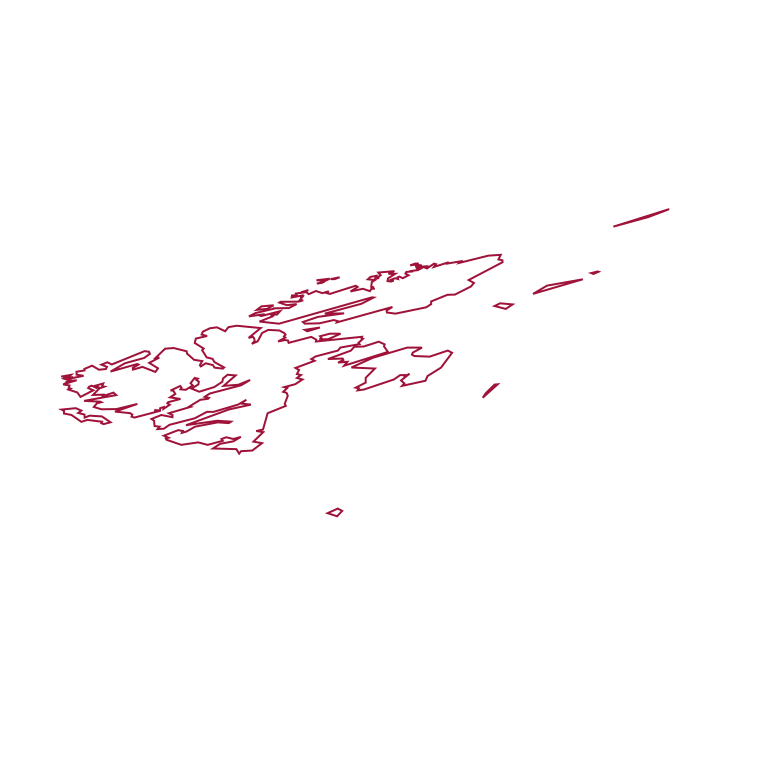 the border of Svalbard, rotated 346°
{"feature_id": "NOR-901", "entity_name": "Svalbard", "entity_type": "Territory", "adm_level": 1, "iso_a3": "NOR", "parent_name": "Norway", "parent_adm1": "", "projection": "robinson", "projection_center": [18.37, 77.559], "detail": "fine", "context": "isolated", "style": "outline", "palette": "rose", "viewbox_px": 768, "rotation_deg": 346, "n_neighbors": 0, "source": "natural_earth", "source_scale": "10m", "svg_char_len": 6133}
<svg xmlns="http://www.w3.org/2000/svg" viewBox="0 0 768 768"><g transform="rotate(346 384 384)"><path d="M347.4,340.4L324.5,340.7L319.5,342.2L322.3,344.7L302.0,347.0L305.0,349.8L301.9,353.3L305.6,355.2L301.0,357.1L306.0,359.9L297.9,362.7L286.4,362.9L289.1,364.5L284.3,367.2L287.3,369.0L287.8,372.1L282.9,379.2L283.4,381.5L264.0,384.2L255.6,398.9L248.7,398.7L255.2,401.5L243.4,408.3L251.3,411.9L240.1,416.7L229.1,414.6L226.6,416.5L225.0,411.5L202.5,405.2L210.5,402.4L223.9,403.2L232.3,400.7L224.5,400.9L218.0,397.5L213.0,398.1L213.8,400.1L198.2,400.4L189.6,395.7L172.6,394.0L159.5,385.5L159.1,384.0L161.9,384.0L157.9,380.9L173.1,379.0L177.5,380.9L176.1,382.5L180.7,382.4L190.3,379.7L213.4,381.0L223.9,384.4L226.4,383.5L213.3,379.3L181.9,376.1L227.4,371.2L249.9,371.8L240.4,368.3L246.7,366.0L237.4,368.7L211.9,369.8L205.4,368.2L192.0,371.5L166.0,371.7L159.6,374.1L153.4,373.0L155.9,371.1L151.2,369.3L152.0,364.0L149.9,361.7L160.4,360.2L170.7,365.0L171.3,363.0L168.2,360.3L190.9,359.4L189.8,358.7L201.9,354.9L209.7,355.8L210.8,355.1L206.9,353.1L212.7,351.1L244.9,350.7L255.1,347.7L242.5,349.5L227.9,347.0L242.1,339.8L234.5,337.2L229.1,339.7L227.7,342.7L218.7,345.9L202.9,346.8L196.1,341.9L203.8,339.5L204.9,336.9L202.9,334.6L204.6,333.8L201.8,332.3L196.5,336.4L198.1,339.1L190.2,341.7L185.2,339.9L186.6,338.4L185.7,336.6L175.3,338.7L177.9,339.4L179.1,343.2L173.2,345.2L182.9,349.3L170.2,349.4L169.1,350.3L171.1,352.3L164.0,354.8L164.7,353.1L161.0,353.3L160.3,355.4L154.8,353.8L157.8,355.9L133.8,356.2L131.1,354.6L132.4,352.8L130.7,350.9L116.3,345.7L139.9,343.7L118.3,343.6L103.8,340.2L96.9,336.1L100.9,333.2L105.3,333.3L104.4,332.5L88.9,327.8L121.5,330.0L119.4,326.9L109.3,327.7L107.0,327.3L110.6,326.8L99.0,324.2L106.8,319.4L112.0,318.9L110.0,317.9L111.7,315.6L103.9,315.8L106.0,317.9L104.2,318.4L100.0,314.9L97.2,315.3L96.0,316.4L100.4,319.8L86.4,323.1L84.4,318.0L76.5,313.1L78.7,312.6L77.1,311.6L78.5,309.4L72.6,306.7L86.7,306.0L77.7,304.7L82.3,302.8L94.5,303.4L88.0,300.6L88.6,297.7L96.7,298.4L96.9,296.9L105.2,295.6L110.9,301.2L117.7,302.2L119.3,300.3L114.5,296.9L120.8,296.0L124.6,299.2L159.6,294.2L163.7,295.8L164.2,298.1L157.6,300.7L137.6,301.2L121.7,305.8L149.4,304.9L150.5,305.8L144.2,307.5L143.9,309.3L153.8,309.0L165.1,317.0L168.5,314.1L161.3,306.7L172.4,304.0L168.7,303.4L180.1,296.8L188.6,298.2L200.4,304.5L200.3,307.0L205.6,314.6L213.2,317.8L209.9,321.2L210.5,322.6L216.1,320.8L222.6,324.3L223.5,327.1L231.3,330.1L232.9,329.3L224.8,321.7L223.7,318.1L218.4,315.3L215.7,307.2L217.6,306.0L210.3,298.4L212.4,294.4L224.0,294.6L219.0,291.9L220.9,289.4L228.5,287.8L235.6,288.6L242.7,294.4L246.8,291.2L255.1,291.8L277.9,299.9L263.8,306.5L268.2,306.5L269.1,308.5L268.9,311.0L265.5,313.1L271.8,312.0L278.1,305.0L284.7,303.5L295.3,306.7L299.6,310.5L300.4,312.3L298.4,313.6L299.5,315.1L291.5,317.1L298.6,317.4L301.4,318.6L301.4,321.0L324.8,320.7L329.0,324.6L328.2,326.3L374.2,332.9L373.3,334.4L374.5,335.1L369.2,337.9L369.9,339.4L350.5,338.1L347.4,340.4ZM528.5,286.9L525.2,290.8L528.8,292.6L528.5,294.5L491.3,303.6L495.7,307.7L492.0,310.4L474.5,314.4L467.1,312.8L449.7,315.3L449.1,317.9L443.5,319.8L412.1,318.5L404.1,315.3L404.3,313.3L410.8,311.3L353.2,312.8L354.2,311.8L350.7,309.8L336.0,309.5L321.8,306.3L320.3,304.2L336.1,302.9L362.4,305.8L343.5,301.4L381.4,300.7L394.9,297.6L393.3,297.0L296.8,300.1L278.3,293.3L292.3,291.4L293.9,290.5L290.5,290.5L293.6,289.5L296.9,290.8L300.8,288.2L281.7,288.4L279.4,287.4L285.2,287.4L269.3,285.7L276.3,284.1L296.3,284.3L294.4,283.7L310.1,287.3L318.6,285.3L308.8,284.0L302.1,279.7L303.5,279.2L321.0,283.4L325.9,283.3L322.2,282.5L326.0,279.7L323.6,279.5L327.5,278.4L315.3,277.7L316.2,275.8L320.9,276.8L320.4,274.9L330.8,276.0L332.7,278.6L340.5,277.3L346.1,280.9L352.8,280.7L350.4,281.9L353.3,283.5L380.4,281.8L381.9,283.5L373.9,286.1L386.6,286.5L392.8,290.5L395.0,288.5L398.1,289.4L394.4,287.8L397.6,287.8L395.1,286.5L396.9,282.1L400.3,281.0L393.6,278.5L396.8,276.8L403.0,277.2L401.2,279.2L405.0,280.1L403.5,279.2L407.1,277.6L405.5,274.5L421.4,277.0L415.0,278.2L421.5,279.8L413.5,282.5L412.3,285.0L415.6,286.3L418.5,286.1L414.5,284.7L420.5,284.1L423.1,285.6L423.0,283.8L424.9,283.5L427.8,285.9L434.1,284.4L431.5,282.1L432.8,280.7L439.7,281.8L436.3,280.7L444.4,281.7L450.1,280.3L443.1,279.5L446.1,278.7L455.6,280.4L452.1,281.1L453.6,282.3L461.7,279.3L463.4,280.3L460.7,282.5L476.3,281.5L472.8,282.3L488.1,283.5L486.2,284.7L516.3,284.7L528.5,286.9ZM457.6,370.2L443.3,381.9L428.2,386.8L425.0,390.9L401.1,390.2L403.9,388.3L401.4,384.7L411.3,380.2L405.7,381.7L406.4,380.4L401.8,379.3L394.7,382.0L363.3,384.5L356.8,383.8L358.6,382.1L355.7,380.7L366.6,378.2L367.7,373.6L378.9,366.8L356.4,360.1L379.4,355.9L415.2,354.3L429.7,357.9L419.5,360.5L418.2,362.3L420.2,364.2L434.9,368.5L454.0,367.0L457.6,370.2ZM395.6,353.8L349.8,356.6L353.8,353.6L344.6,352.1L350.4,350.9L350.0,349.3L335.6,346.2L359.9,343.6L364.2,340.7L373.3,342.7L389.2,341.7L394.2,345.7L393.1,347.5L395.6,353.8ZM109.4,355.0L102.3,355.1L100.2,353.6L101.3,352.4L87.5,347.1L81.2,347.5L73.2,338.4L66.3,335.2L67.0,332.6L64.9,330.8L79.1,332.9L83.9,336.6L80.3,338.1L86.0,341.2L85.4,344.2L90.7,343.5L102.4,347.2L109.4,355.0ZM644.6,286.8L703.1,283.3L681.5,285.9L644.6,286.8ZM566.0,328.0L602.3,330.5L550.4,332.6L566.0,328.0ZM333.5,322.2L343.8,322.1L354.0,324.7L340.9,327.0L332.1,325.2L334.6,324.5L333.5,322.2ZM309.0,493.7L312.7,497.0L306.5,501.0L298.0,495.7L309.0,493.7ZM528.0,337.9L520.3,340.6L510.2,335.1L516.2,333.8L528.0,337.9ZM288.7,282.8L278.5,281.3L283.9,279.0L295.9,280.9L288.7,282.8ZM320.2,312.3L335.5,313.7L322.3,314.3L320.2,312.3ZM491.2,411.3L494.2,411.8L476.5,421.2L480.6,417.5L491.2,411.3ZM74.1,300.1L84.0,302.2L77.0,302.7L74.8,301.4L77.8,301.2L74.1,300.1ZM352.0,269.7L343.6,267.0L356.8,268.7L352.0,269.7ZM361.6,270.3L357.4,269.3L366.8,269.7L361.6,270.3ZM81.7,299.8L72.5,298.7L82.5,299.4L81.7,299.8ZM443.5,276.6L445.4,276.4L449.4,278.2L443.6,278.5L443.5,276.6ZM329.4,275.3L325.7,274.9L333.4,274.6L329.4,275.3ZM446.7,275.4L444.7,275.9L438.1,275.2L443.4,274.7L446.7,275.4ZM611.9,326.5L618.6,326.5L619.4,327.0L613.9,327.9L611.9,326.5ZM351.2,270.3L347.8,270.8L343.1,270.3L351.2,270.3Z" fill="none" stroke="#9f1239" stroke-width="2"/></g></svg>